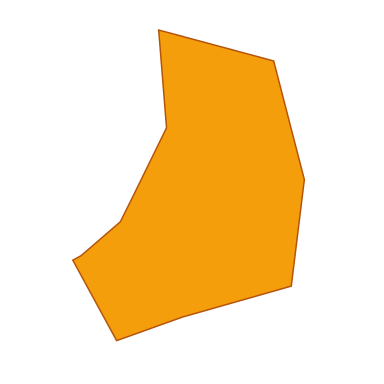 an SVG outline of Hawalli, rotated 277°
{"feature_id": "KWT-3506", "entity_name": "Hawalli", "entity_type": "Province", "adm_level": 1, "iso_a3": "KWT", "parent_name": "Kuwait", "parent_adm1": "", "projection": "orthographic", "projection_center": [48.031, 29.332], "detail": "fine", "context": "isolated", "style": "filled", "palette": "amber", "viewbox_px": 384, "rotation_deg": 277, "n_neighbors": 0, "source": "natural_earth", "source_scale": "10m", "svg_char_len": 310}
<svg xmlns="http://www.w3.org/2000/svg" viewBox="0 0 384 384"><g transform="rotate(277 192 192)"><path d="M109.8,82.0L115.4,89.8L153.7,124.5L180.1,133.8L252.6,158.9L348.7,139.2L332.0,257.1L218.0,302.0L110.7,302.0L66.7,197.7L35.3,135.3L109.8,82.0Z" fill="#f59e0b" stroke="#b45309" stroke-width="1.5"/></g></svg>